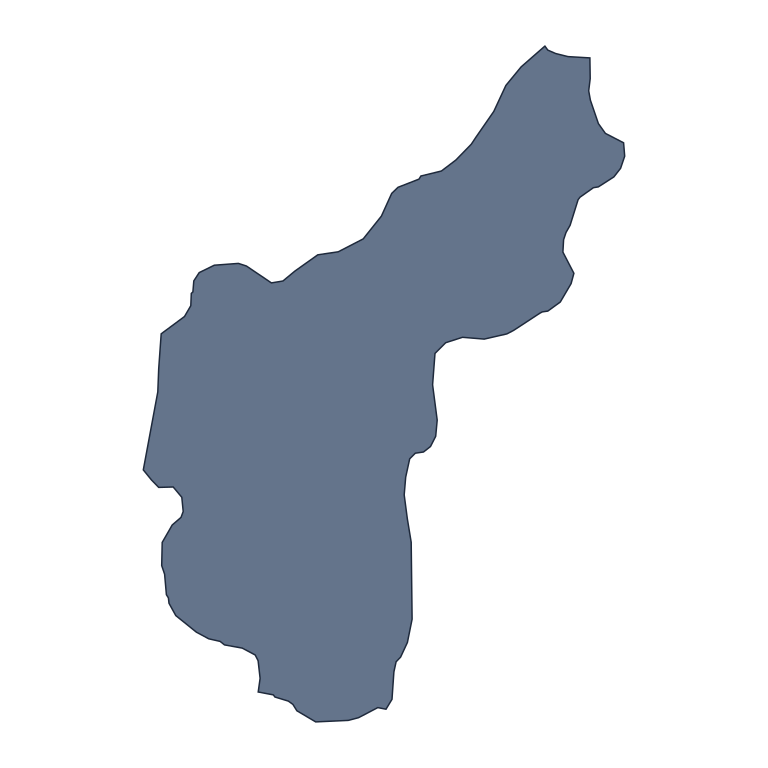 outline of Mixco, Guatemala
{"feature_id": "79465075B33293515878982", "entity_name": "Mixco", "entity_type": "district", "adm_level": 2, "iso_a3": "GTM", "parent_name": "Guatemala", "parent_adm1": "", "projection": "equal_earth", "projection_center": [-90.581, 14.643], "detail": "fine", "context": "isolated", "style": "filled", "palette": "slate", "viewbox_px": 768, "rotation_deg": 0, "n_neighbors": 0, "source": "geoboundaries", "source_scale": "gbopen_adm2", "svg_char_len": 1526}
<svg xmlns="http://www.w3.org/2000/svg" viewBox="0 0 768 768"><path d="M589.9,57.9L568.0,56.6L555.6,53.5L547.8,50.1L544.9,46.1L521.2,66.8L505.9,85.4L493.8,111.4L475.8,137.4L471.3,144.2L455.9,160.0L441.4,171.0L420.9,176.0L419.0,179.1L398.0,187.3L391.7,193.4L381.4,216.1L363.2,238.9L338.2,251.8L317.8,254.8L295.0,271.0L282.9,281.0L271.4,282.9L246.4,266.0L238.4,263.4L214.3,265.2L199.2,272.6L193.8,280.9L192.9,291.9L191.3,293.4L190.8,305.7L184.5,316.5L161.2,333.8L158.7,368.8L157.8,391.9L143.3,469.9L151.5,480.0L158.7,487.4L173.2,487.0L181.8,497.3L183.2,511.5L181.0,517.4L172.2,525.0L168.9,530.8L162.2,542.4L161.7,565.6L164.6,574.2L166.4,594.7L168.4,597.9L169.0,603.3L175.8,615.6L196.4,632.2L208.7,638.8L220.1,641.4L224.5,644.9L242.2,648.1L255.2,655.0L258.1,660.7L260.1,678.4L258.2,692.0L273.4,694.9L274.9,697.0L288.3,701.1L292.9,704.4L296.9,710.8L315.7,721.9L348.3,720.4L358.5,717.7L377.8,707.6L386.0,709.2L392.0,699.3L393.9,671.9L396.1,661.8L400.6,657.1L407.4,642.5L412.1,619.2L411.2,542.3L407.3,518.5L404.2,494.9L405.7,477.1L409.7,458.8L415.3,453.2L423.5,452.0L430.5,446.5L435.7,436.3L437.2,420.1L432.6,384.8L435.0,353.4L445.7,342.7L462.5,337.3L484.2,339.1L506.9,333.9L513.6,330.4L539.7,313.3L542.3,311.9L547.8,311.1L560.3,302.0L571.1,283.6L573.9,273.3L562.9,252.1L563.6,239.7L566.0,232.5L570.1,225.3L578.1,199.7L580.0,197.2L593.4,187.7L598.3,186.9L613.9,176.9L620.6,168.3L624.7,156.2L623.6,142.8L605.4,133.4L598.4,123.6L590.4,100.2L588.7,90.8L590.2,78.6L589.9,57.9Z" fill="#64748b" stroke="#1e293b" stroke-width="1.5"/></svg>